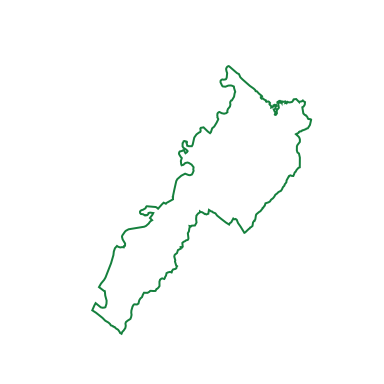 the district of Plopsoru, Gorj, Romania, rotated 65°
{"feature_id": "2599482B91527362619045", "entity_name": "Plopsoru", "entity_type": "district", "adm_level": 2, "iso_a3": "ROU", "parent_name": "Romania", "parent_adm1": "Gorj", "projection": "robinson", "projection_center": [23.376, 44.754], "detail": "fine", "context": "isolated", "style": "outline", "palette": "green", "viewbox_px": 384, "rotation_deg": 65, "n_neighbors": 0, "source": "geoboundaries", "source_scale": "gbopen_adm2", "svg_char_len": 6007}
<svg xmlns="http://www.w3.org/2000/svg" viewBox="0 0 384 384"><g transform="rotate(65 192 192)"><path d="M257.1,332.4L260.9,330.0L268.3,326.3L272.0,325.0L275.0,322.9L276.9,322.1L278.6,321.9L280.0,320.4L280.9,320.2L281.6,319.2L283.3,318.7L285.6,317.2L288.2,316.7L289.2,316.8L290.7,315.8L289.2,314.1L288.7,312.6L287.1,309.9L285.3,308.6L283.1,307.9L282.0,306.9L281.4,304.7L281.0,301.5L279.7,300.1L277.8,298.7L275.8,298.1L273.8,297.0L270.7,294.3L269.6,292.7L269.4,291.8L270.7,289.4L270.5,287.7L267.9,285.6L266.7,283.8L266.1,281.7L264.3,279.9L263.0,278.1L264.6,274.9L264.4,272.8L264.0,271.8L264.1,271.2L265.5,268.7L266.2,266.9L264.9,265.1L265.0,264.3L264.4,262.7L263.5,261.2L259.5,259.4L258.0,258.0L257.6,256.4L257.7,255.5L259.1,253.9L258.5,253.0L257.5,252.1L256.8,250.9L254.8,249.4L254.7,247.9L255.1,245.7L256.3,244.5L255.9,244.0L255.1,243.5L254.2,241.9L254.7,239.5L254.5,238.5L253.2,237.5L252.9,236.9L251.9,237.4L247.8,236.8L246.8,236.0L243.1,235.4L241.9,234.5L241.5,233.8L241.0,231.4L238.7,229.3L238.6,226.1L237.1,225.6L237.4,225.0L238.1,224.4L237.6,223.5L234.1,222.3L233.6,220.8L233.6,218.9L233.3,217.9L233.6,216.2L233.4,215.6L232.5,214.8L227.6,213.2L226.3,211.4L223.6,209.6L223.1,208.9L221.8,208.6L222.4,207.8L222.4,207.1L222.7,207.1L222.5,206.2L223.6,203.5L221.6,200.8L218.2,199.7L215.3,198.0L214.1,195.6L213.8,193.4L213.0,193.0L213.9,192.5L214.4,191.6L215.6,190.7L217.3,189.8L217.3,189.4L218.4,188.5L218.6,186.4L215.4,184.2L217.8,182.7L218.2,182.0L219.3,181.6L221.2,179.8L224.0,179.2L228.5,177.0L234.1,174.1L237.2,172.1L236.3,171.0L236.0,169.2L233.5,165.8L234.6,165.2L234.9,164.6L234.8,164.0L235.0,163.8L236.1,163.2L239.5,163.4L244.0,162.6L251.1,161.8L251.1,160.9L249.4,155.9L249.4,155.1L248.8,154.4L248.8,153.2L248.3,151.5L245.4,149.6L244.3,147.8L244.6,147.5L243.4,146.1L240.0,143.8L239.4,143.1L238.5,139.8L238.3,138.1L236.7,134.9L236.2,134.6L236.3,134.0L235.2,132.3L235.2,131.9L233.3,130.2L233.7,127.0L233.5,125.3L232.4,123.6L231.9,121.2L231.0,119.4L229.7,117.6L229.3,115.5L228.6,113.7L228.5,110.8L227.5,109.2L226.1,107.6L225.3,105.6L224.3,104.8L223.1,102.4L221.5,101.4L218.7,97.6L218.8,97.4L218.5,97.2L218.5,95.8L219.6,94.7L220.3,93.4L218.9,91.8L218.0,91.0L217.5,90.2L217.5,89.6L216.2,87.9L215.1,85.3L215.2,83.9L206.4,79.7L202.3,78.8L200.8,79.7L198.6,79.4L194.9,77.6L194.0,76.6L192.2,73.1L190.2,72.1L188.7,71.8L187.1,71.9L183.5,73.4L183.4,72.7L183.6,71.7L183.2,70.0L182.8,69.7L182.7,68.3L183.1,67.8L183.1,66.9L182.7,66.0L183.1,64.6L183.0,64.0L183.2,62.3L182.9,61.6L183.2,60.1L181.1,56.8L176.9,53.5L176.2,53.7L176.1,54.2L175.2,55.1L175.1,55.6L174.6,55.9L173.0,55.8L171.7,56.0L171.2,56.4L170.5,56.4L169.8,57.2L167.9,57.9L161.8,56.2L161.7,54.8L160.5,52.9L158.3,51.6L156.5,52.8L155.9,52.9L156.2,54.1L155.9,55.7L155.3,56.9L155.5,57.0L151.8,58.3L151.0,60.6L151.1,61.0L151.7,61.4L152.6,63.1L152.5,64.1L152.1,65.6L151.3,66.8L150.7,67.3L151.6,68.8L151.0,69.2L150.9,69.6L150.6,69.2L150.3,69.3L149.8,68.9L149.4,69.0L148.9,71.1L148.3,71.6L148.5,72.5L149.1,72.9L148.4,72.9L148.7,73.3L148.5,74.2L148.3,74.5L147.6,73.6L147.2,73.5L146.6,73.7L146.3,74.5L146.6,75.3L146.5,76.2L147.2,76.3L147.3,76.7L147.9,76.4L152.4,77.7L153.7,80.5L154.6,81.1L156.6,81.8L157.5,83.4L157.3,84.0L156.9,84.2L156.4,83.4L155.9,83.4L155.4,82.7L154.9,82.4L154.1,83.1L151.8,83.0L152.1,82.4L151.8,81.9L151.8,80.8L150.0,80.5L149.8,80.3L149.8,79.1L148.5,79.0L148.5,79.5L149.0,79.8L148.9,80.4L148.6,80.8L147.9,80.7L147.9,81.2L148.1,81.4L148.0,81.7L149.0,82.6L148.9,84.5L147.9,83.9L145.3,84.7L144.7,84.4L144.3,83.7L142.8,84.1L142.1,84.7L141.7,86.5L141.1,86.7L140.2,86.3L138.9,87.4L137.2,88.2L137.0,88.6L136.4,88.9L136.8,89.4L136.3,89.7L135.7,89.8L135.1,89.6L134.9,88.1L134.5,88.1L131.2,89.7L128.1,90.7L127.5,91.7L126.3,91.6L124.3,92.4L120.3,94.7L111.4,98.6L108.5,99.7L105.0,99.6L103.2,101.0L93.8,105.2L93.3,105.8L93.4,107.1L94.0,108.2L94.9,109.1L97.1,109.7L99.1,109.9L103.0,112.2L104.0,113.4L104.1,114.0L103.6,115.8L102.8,117.0L102.8,118.0L103.4,119.2L104.7,119.8L108.4,119.8L109.4,119.4L110.7,117.2L110.9,114.1L111.7,112.1L112.3,111.1L114.1,109.5L115.9,110.0L119.5,110.5L120.5,111.6L123.4,113.6L125.8,117.1L125.6,117.8L126.5,119.2L127.4,119.8L128.9,120.2L130.6,121.5L132.0,124.4L133.5,125.8L134.6,126.1L135.0,127.7L134.6,129.8L133.1,131.8L131.1,133.3L131.0,134.0L131.2,134.9L131.6,135.7L133.2,136.7L134.6,137.1L135.2,137.5L136.6,137.3L137.2,137.5L139.5,140.3L142.1,144.2L142.8,146.8L145.8,149.6L146.3,150.8L143.9,152.1L138.3,154.2L137.6,156.9L138.0,157.6L140.4,158.4L141.1,159.2L141.1,160.7L141.7,163.6L143.6,166.9L149.4,171.4L150.4,172.8L149.1,175.6L148.0,176.8L146.9,176.4L145.1,176.3L144.9,175.6L144.5,175.4L144.1,175.5L142.6,177.3L142.5,178.2L143.4,179.0L143.8,179.9L146.7,181.3L148.3,181.1L151.4,179.2L153.1,178.7L153.8,179.8L154.1,181.5L150.5,181.8L150.4,182.9L150.6,183.6L150.1,185.9L150.4,186.5L151.3,187.4L152.4,187.7L155.3,187.4L156.9,186.9L159.2,189.0L162.1,190.0L163.4,190.1L163.7,188.3L162.9,185.8L163.4,183.6L164.3,182.6L167.0,180.8L170.2,180.1L172.1,181.3L173.5,181.6L175.4,183.7L176.1,184.8L175.9,186.8L175.2,187.9L172.5,190.5L172.7,194.8L174.1,199.8L175.4,201.6L182.9,207.4L187.2,210.6L188.7,211.4L188.6,211.6L190.6,212.3L191.2,220.4L191.5,220.7L189.7,222.2L190.5,224.5L192.8,229.8L191.4,230.4L190.3,231.2L185.8,239.0L185.9,239.6L187.1,241.1L187.4,244.0L187.1,245.6L187.4,246.8L187.8,247.4L189.0,247.9L190.3,247.6L191.6,245.6L192.7,245.0L193.0,244.3L193.5,244.3L193.7,242.8L194.0,242.7L194.0,242.1L193.3,240.7L192.7,240.3L192.8,239.3L193.0,238.6L194.7,236.0L195.9,237.5L197.8,241.1L200.7,240.1L200.9,241.9L201.7,243.7L202.2,244.3L203.3,248.0L203.3,249.9L199.0,265.2L199.2,268.4L199.6,269.5L202.0,273.6L203.0,274.4L205.7,274.9L210.4,274.4L212.4,275.4L212.3,276.6L213.3,277.2L212.4,278.7L211.9,280.5L210.4,282.1L209.2,282.8L210.4,285.6L212.9,288.0L216.0,289.9L222.4,295.5L232.9,306.5L234.5,308.8L236.5,313.1L238.9,316.5L244.6,313.5L244.8,313.0L245.6,313.1L249.2,314.4L254.4,315.3L257.2,316.8L259.8,319.2L259.8,319.9L259.2,321.8L258.0,323.4L252.0,326.3L253.7,328.6L257.1,332.4Z" fill="none" stroke="#15803d" stroke-width="2"/></g></svg>